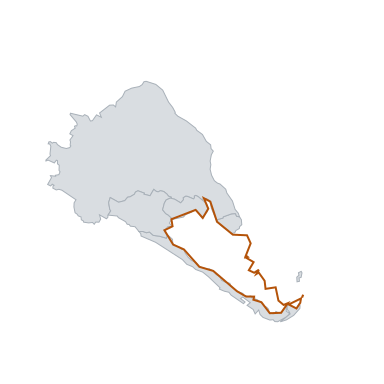 Argentina highlighted among its neighbors, rotated 298°
{"feature_id": "ARG", "entity_name": "Argentina", "entity_type": "country or territory", "adm_level": 0, "iso_a3": "ARG", "parent_name": "South America", "parent_adm1": "", "projection": "equal_earth", "projection_center": [-65.46, -38.417], "detail": "coarse", "context": "with_neighbors", "style": "outline", "palette": "amber", "viewbox_px": 384, "rotation_deg": 298, "n_neighbors": 6, "source": "natural_earth", "source_scale": "50m", "svg_char_len": 5554}
<svg xmlns="http://www.w3.org/2000/svg" viewBox="0 0 384 384"><g transform="rotate(298 192 192)"><path d="M138.1,330.1L138.3,339.0L143.6,339.1L142.5,340.7L139.9,341.9L130.8,339.7L123.4,335.4L118.8,330.9L130.4,335.9L131.9,334.1L132.9,331.3L135.8,329.7L138.1,330.1ZM132.2,163.7L134.1,167.2L134.7,171.0L136.7,173.2L135.5,178.2L137.7,184.0L139.2,191.1L142.0,190.4L142.4,191.7L141.1,197.0L137.0,199.5L137.2,208.0L136.4,209.6L137.6,211.6L134.9,214.7L132.5,219.4L131.3,223.9L131.7,228.8L129.5,233.8L131.4,242.3L132.3,243.2L132.4,247.6L130.4,252.3L130.6,256.3L127.9,259.5L128.0,263.8L129.2,268.4L127.1,270.1L125.6,279.0L126.4,284.6L125.0,285.5L126.0,290.7L127.6,292.4L126.6,294.3L128.2,295.2L128.6,296.8L127.1,297.7L127.6,300.3L126.6,306.1L124.9,309.7L125.4,311.9L124.5,314.6L122.0,316.5L122.5,320.9L123.8,322.4L125.9,322.1L126.0,325.2L127.4,327.6L138.3,328.8L135.4,328.7L131.0,331.2L130.7,334.9L129.3,335.0L125.7,333.7L117.7,328.6L116.5,326.0L117.3,323.6L115.5,320.9L114.6,313.7L115.8,309.6L119.1,306.3L114.0,305.0L117.0,301.2L117.8,293.8L121.6,295.4L123.1,286.1L120.7,284.9L119.8,290.5L117.6,289.9L119.3,274.9L120.8,271.7L119.6,267.1L119.1,261.8L120.6,261.7L124.9,246.3L126.3,239.0L125.3,231.6L126.3,227.6L125.7,221.4L127.8,215.3L130.5,183.5L129.2,167.7L131.2,166.3L132.2,163.7Z" fill="#d9dde1" stroke="#a8b0b8" stroke-width="1"/><path d="M162.0,326.9L166.0,324.5L168.7,325.5L170.7,323.9L173.2,325.7L172.2,327.1L167.8,328.4L166.4,326.9L163.6,328.8L162.0,326.9Z" fill="#d9dde1" stroke="#a8b0b8" stroke-width="1"/><path d="M177.4,228.2L179.8,227.6L183.4,231.5L184.8,231.3L191.3,237.2L193.3,240.5L191.5,242.8L192.4,245.6L190.7,248.6L186.5,251.3L183.8,250.3L181.9,250.9L178.6,248.8L176.1,248.9L173.9,246.3L174.3,243.1L175.1,242.0L175.2,237.2L177.4,228.2Z" fill="#d9dde1" stroke="#a8b0b8" stroke-width="1"/><path d="M192.4,245.6L191.5,242.8L193.3,240.5L191.3,237.2L184.8,231.3L183.4,231.5L179.8,227.6L177.4,228.2L186.9,216.5L192.8,211.7L193.0,207.7L191.2,204.7L189.3,205.7L190.8,199.8L190.8,197.0L189.5,196.0L188.0,196.9L186.6,196.6L186.0,190.0L185.3,188.4L182.8,187.0L181.2,188.1L177.1,187.1L177.5,180.1L176.4,177.2L177.7,176.1L177.3,173.1L178.4,170.9L179.2,166.8L178.3,163.5L176.2,162.0L175.8,160.0L176.4,157.0L169.0,156.7L167.5,150.6L168.6,150.5L167.7,143.7L165.4,142.1L163.0,142.2L158.7,139.6L157.2,137.6L152.8,136.7L148.5,132.0L148.7,122.4L143.6,123.3L138.1,127.5L137.2,129.1L132.2,128.7L130.0,129.6L128.2,129.0L128.4,121.0L125.2,124.1L121.7,124.0L120.2,121.1L117.6,120.8L118.4,118.5L116.2,115.3L114.5,110.5L115.5,109.5L115.5,107.3L117.9,105.7L117.5,102.8L118.5,101.0L118.8,98.5L123.3,94.8L127.1,93.0L130.7,93.2L132.5,76.2L131.9,73.2L130.1,71.2L130.1,67.3L132.4,66.4L133.2,67.0L133.3,64.9L131.0,64.4L130.9,61.0L138.7,61.2L140.0,59.3L141.9,64.2L142.6,63.5L144.8,66.3L147.9,66.0L148.7,64.4L153.3,62.2L153.7,60.0L156.6,58.4L156.4,57.3L153.0,56.8L152.6,49.9L150.8,48.5L151.6,48.0L157.7,50.0L158.8,48.8L166.1,45.9L167.6,43.9L167.0,42.4L169.1,42.1L170.0,43.4L169.5,45.7L170.9,46.5L171.8,49.0L170.7,50.9L170.1,55.5L171.4,60.6L173.8,63.2L175.8,63.4L176.2,62.4L179.3,61.2L180.6,59.8L185.9,60.5L186.0,56.8L189.5,56.7L193.5,58.9L194.7,57.5L195.6,57.7L196.2,59.2L198.1,58.8L199.6,56.8L203.1,48.0L204.5,47.7L207.7,60.0L209.9,60.9L210.0,64.6L207.0,69.0L208.2,70.6L215.3,71.5L215.4,76.9L218.4,73.3L230.0,78.5L231.9,81.7L231.3,84.6L235.9,83.0L243.6,85.8L249.6,85.6L255.4,90.0L260.4,96.0L263.4,97.6L266.8,97.8L268.2,99.5L270.0,109.5L268.2,118.3L260.3,129.2L257.6,135.2L254.5,139.8L253.5,139.9L252.3,143.8L252.1,153.6L250.1,165.2L248.7,167.2L247.7,174.2L243.4,180.9L242.4,186.3L239.2,188.5L238.1,191.6L233.9,191.6L227.8,193.5L225.0,195.8L220.6,197.3L216.0,201.4L212.5,206.4L211.8,210.2L212.2,213.0L210.3,220.5L207.5,223.2L203.0,232.0L196.9,238.2L195.0,242.8L192.4,245.6Z" fill="#d9dde1" stroke="#a8b0b8" stroke-width="1"/><path d="M132.2,128.7L137.2,129.1L138.1,127.5L143.6,123.3L148.7,122.4L148.5,132.0L152.8,136.7L157.2,137.6L158.7,139.6L163.0,142.2L165.4,142.1L167.7,143.7L168.6,150.5L167.5,150.6L169.0,156.7L176.4,157.0L175.8,160.0L176.2,162.0L178.3,163.5L179.2,166.8L178.4,170.9L177.3,173.1L177.7,176.1L176.4,177.2L176.4,175.6L172.8,172.9L169.2,172.8L162.5,174.4L160.6,178.9L160.5,181.7L158.9,187.9L158.3,186.8L153.9,186.6L152.4,190.7L150.2,187.0L145.1,185.7L142.0,190.4L139.2,191.1L137.7,184.0L135.5,178.2L136.7,173.2L134.7,171.0L134.1,167.2L132.2,163.7L134.6,158.0L132.9,153.6L133.8,151.8L133.1,149.9L134.6,147.3L134.8,139.0L135.7,137.3L132.2,128.7Z" fill="#d9dde1" stroke="#a8b0b8" stroke-width="1"/><path d="M176.4,175.6L177.5,180.1L177.1,187.1L181.2,188.1L182.8,187.0L185.3,188.4L186.0,190.0L186.6,196.6L188.0,196.9L189.5,196.0L190.8,197.0L190.8,199.8L188.6,210.2L185.0,214.0L182.0,214.8L174.0,212.7L177.9,205.0L177.4,202.8L173.6,200.8L169.0,197.0L165.9,196.2L158.9,187.9L160.5,181.7L160.6,178.9L162.5,174.4L169.2,172.8L172.8,172.9L176.4,175.6Z" fill="#d9dde1" stroke="#a8b0b8" stroke-width="1"/><path d="M177.5,228.0L173.5,248.1L179.6,260.9L174.2,267.9L159.4,269.6L159.0,279.3L149.6,278.9L149.9,284.8L154.7,287.5L150.0,287.4L152.2,288.7L147.7,297.8L141.0,302.4L147.1,310.6L136.7,319.3L135.3,325.9L138.8,328.8L127.2,327.4L121.5,317.6L127.3,305.0L125.7,296.8L128.8,295.9L125.1,288.8L125.5,278.3L132.3,247.8L129.4,233.6L137.5,211.9L136.7,200.1L145.3,185.6L152.6,190.9L158.3,186.6L177.9,203.6L174.1,213.7L184.9,214.2L192.1,205.4L192.1,212.7L177.5,228.0ZM138.2,338.9L138.1,330.2L149.2,338.2L145.0,339.6L138.2,338.9ZM150.5,338.8L151.5,338.5L153.5,338.4L150.5,338.8ZM160.9,271.1L160.8,271.6L160.2,270.9L160.9,271.1Z" fill="none" stroke="#b45309" stroke-width="2"/></g></svg>